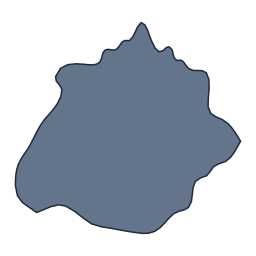 the State of Aguascalientes
{"feature_id": "MEX-2717", "entity_name": "Aguascalientes", "entity_type": "State", "adm_level": 1, "iso_a3": "MEX", "parent_name": "Mexico", "parent_adm1": "", "projection": "natural_earth1", "projection_center": [-102.327, 22.067], "detail": "fine", "context": "isolated", "style": "filled", "palette": "slate", "viewbox_px": 256, "rotation_deg": 0, "n_neighbors": 0, "source": "natural_earth", "source_scale": "10m", "svg_char_len": 1580}
<svg xmlns="http://www.w3.org/2000/svg" viewBox="0 0 256 256"><path d="M240.6,141.3L240.1,142.1L239.5,142.9L239.0,143.8L238.6,144.8L234.3,152.2L230.3,157.7L225.5,161.5L218.3,164.0L213.4,166.9L210.2,171.4L206.7,175.7L200.7,177.8L195.3,181.5L193.1,187.5L192.3,194.6L191.4,201.6L188.4,207.5L184.2,209.9L179.1,211.2L173.7,213.7L168.9,218.2L164.6,223.1L160.1,227.7L154.7,231.4L148.5,233.2L142.4,233.4L136.2,232.6L129.8,231.7L122.8,230.5L115.8,229.2L108.9,227.9L101.9,226.9L91.6,223.9L83.1,218.0L74.9,211.5L65.7,206.1L58.8,204.8L51.1,206.6L43.4,209.7L36.7,212.5L29.1,207.3L22.3,202.4L17.5,195.8L15.4,185.6L15.5,179.9L15.9,174.4L16.9,169.0L18.6,163.7L21.2,158.7L24.2,154.1L27.3,149.6L30.2,144.9L33.5,138.4L36.8,131.7L40.5,125.2L44.5,119.5L49.2,114.2L53.8,108.8L57.8,102.9L60.9,96.3L61.9,89.4L59.4,84.9L56.3,81.1L55.6,76.7L60.5,68.3L67.9,64.6L76.3,63.8L84.4,64.3L88.1,64.7L92.4,64.9L96.5,64.2L99.6,62.3L101.2,59.4L102.1,56.1L102.9,53.0L104.6,50.5L105.3,50.1L106.0,49.8L106.8,49.5L107.5,49.4L109.7,49.5L111.9,49.9L114.0,50.0L116.1,49.5L118.5,47.2L120.3,44.5L122.2,41.9L125.0,40.5L129.3,40.6L132.6,37.2L135.2,32.2L137.2,27.5L141.2,22.6L144.9,24.9L147.9,30.8L149.9,36.8L152.0,41.9L155.1,48.0L159.1,51.9L163.7,50.3L164.8,48.9L166.1,47.8L167.5,47.1L169.1,46.8L172.0,49.5L173.0,53.6L174.0,57.6L176.7,60.4L181.0,60.2L183.6,62.0L185.7,65.1L188.6,68.5L193.1,70.4L197.8,70.5L202.4,70.7L206.4,72.9L208.9,79.6L209.1,88.8L208.3,98.5L208.1,106.7L210.7,113.3L215.9,116.8L222.1,119.5L227.8,123.4L231.5,127.5L234.7,131.8L237.7,136.4L240.6,141.3Z" fill="#64748b" stroke="#1e293b" stroke-width="1.5"/></svg>